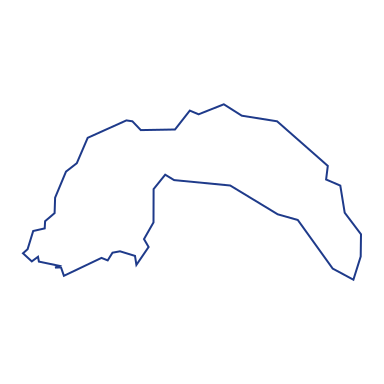 Antalya, Equal Earth projection
{"feature_id": "TUR-2271", "entity_name": "Antalya", "entity_type": "Province", "adm_level": 1, "iso_a3": "TUR", "parent_name": "Turkey", "parent_adm1": "", "projection": "equal_earth", "projection_center": [30.734, 36.761], "detail": "coarse", "context": "isolated", "style": "outline", "palette": "blue", "viewbox_px": 384, "rotation_deg": 0, "n_neighbors": 0, "source": "natural_earth", "source_scale": "10m", "svg_char_len": 710}
<svg xmlns="http://www.w3.org/2000/svg" viewBox="0 0 384 384"><path d="M353.4,279.7L332.7,268.6L297.8,220.0L277.7,214.3L230.2,185.5L174.1,180.1L165.2,174.7L153.6,189.1L153.5,222.4L144.0,239.1L148.6,247.0L136.4,264.9L135.0,255.9L120.0,251.3L112.5,252.7L107.7,260.4L101.5,257.9L63.9,275.8L61.0,267.4L55.1,267.6L59.1,265.8L38.9,261.6L38.0,256.8L31.8,261.4L23.0,253.3L27.6,249.2L33.2,231.0L44.7,228.4L45.1,221.2L54.6,213.1L55.1,197.7L66.0,171.6L76.8,163.2L87.7,137.8L126.4,120.4L132.4,121.3L140.8,130.1L175.0,129.5L189.8,110.6L198.6,114.3L223.8,104.3L241.8,115.7L277.1,121.3L327.8,165.9L326.1,179.5L340.3,185.6L344.7,212.7L361.0,234.3L360.7,256.5L353.4,279.7Z" fill="none" stroke="#1e3a8a" stroke-width="2"/></svg>